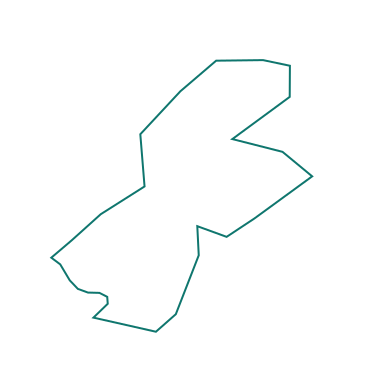 the Municipality of Salaspils, rotated 133°
{"feature_id": "LVA-5775", "entity_name": "Salaspils", "entity_type": "Municipality", "adm_level": 1, "iso_a3": "LVA", "parent_name": "Latvia", "parent_adm1": "", "projection": "natural_earth1", "projection_center": [24.344, 56.878], "detail": "fine", "context": "isolated", "style": "outline", "palette": "teal", "viewbox_px": 384, "rotation_deg": 133, "n_neighbors": 0, "source": "natural_earth", "source_scale": "10m", "svg_char_len": 497}
<svg xmlns="http://www.w3.org/2000/svg" viewBox="0 0 384 384"><g transform="rotate(133 192 192)"><path d="M125.8,198.6L100.9,153.2L98.6,114.8L168.8,128.3L201.2,136.1L213.4,164.8L233.7,143.9L292.4,120.5L318.8,123.1L351.1,178.4L331.2,177.4L326.5,182.5L328.9,190.9L336.5,199.5L340.7,209.4L340.0,221.1L334.8,239.0L336.0,250.1L309.2,247.0L270.5,243.6L220.3,230.5L185.0,269.2L126.2,269.2L79.5,263.9L47.1,230.0L32.9,206.5L55.8,185.4L125.8,198.6Z" fill="none" stroke="#0f766e" stroke-width="2"/></g></svg>